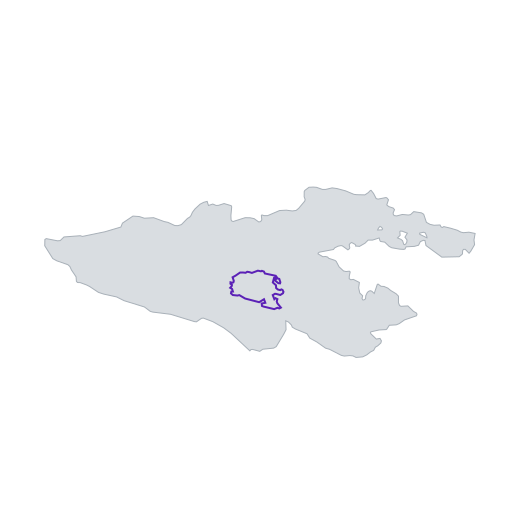 Jumgal, Naryn, Kyrgyzstan shown in context, rotated 195°
{"feature_id": "92254566B27312472706206", "entity_name": "Jumgal", "entity_type": "district", "adm_level": 2, "iso_a3": "KGZ", "parent_name": "Kyrgyzstan", "parent_adm1": "Naryn", "projection": "robinson", "projection_center": [74.373, 41.867], "detail": "fine", "context": "in_parent", "style": "outline", "palette": "violet", "viewbox_px": 512, "rotation_deg": 195, "n_neighbors": 0, "source": "geoboundaries", "source_scale": "gbopen_adm2", "svg_char_len": 4637}
<svg xmlns="http://www.w3.org/2000/svg" viewBox="0 0 512 512"><g transform="rotate(195 256 256)"><path d="M113.9,301.3L115.1,300.6L119.1,299.8L127.1,299.1L129.8,299.7L135.2,302.7L139.4,302.3L140.2,302.8L141.7,305.3L147.6,301.5L151.8,300.4L154.0,296.6L158.5,292.1L162.4,291.4L162.4,292.1L163.1,292.8L167.1,293.8L168.3,292.6L168.9,291.0L167.6,288.4L167.6,287.3L168.8,285.7L175.1,288.1L176.5,288.1L179.3,286.7L182.0,284.3L182.9,282.3L195.8,276.1L196.7,274.9L196.6,274.1L191.2,272.6L188.8,273.5L186.5,273.5L185.2,272.6L178.6,272.2L177.2,271.6L172.9,267.0L167.6,264.2L165.0,264.3L161.9,265.5L160.9,265.0L160.7,260.7L160.1,258.2L158.3,257.6L155.9,258.6L149.3,257.2L148.6,251.8L146.2,247.1L142.7,245.2L142.6,242.4L141.4,241.2L140.4,241.5L139.1,243.0L139.7,246.1L139.1,249.2L138.3,250.8L136.8,252.0L135.1,252.0L132.1,250.4L131.5,259.9L130.9,260.5L127.4,259.1L124.5,259.7L120.3,259.1L117.1,257.6L110.9,255.8L108.0,254.1L106.3,247.7L104.6,245.4L103.0,244.9L96.4,247.1L89.6,243.3L86.2,242.4L85.4,241.3L85.5,239.8L96.0,232.7L100.1,227.8L102.7,225.8L109.3,223.6L110.8,219.1L111.3,218.6L118.0,216.4L125.4,212.5L125.6,211.4L124.8,210.5L118.3,206.9L114.9,208.5L112.9,206.5L112.9,204.3L115.2,200.7L117.1,198.8L117.9,195.3L120.6,192.9L123.4,189.2L126.8,186.2L133.1,183.9L136.5,184.6L139.7,184.1L144.8,182.2L147.9,182.1L160.7,184.9L165.0,185.0L175.0,188.7L182.8,190.6L186.6,194.1L199.2,195.7L202.6,196.7L203.9,198.5L207.5,200.6L210.5,201.1L207.9,192.6L209.0,187.6L213.0,173.7L215.1,171.6L225.3,167.7L227.7,164.9L235.0,164.9L236.6,164.4L237.4,162.8L260.1,174.9L268.7,178.3L280.7,181.4L290.8,182.4L292.5,181.7L296.5,177.0L298.4,176.7L323.4,177.6L341.3,175.1L343.9,175.2L350.6,177.9L371.8,178.7L380.1,180.4L393.3,179.8L398.8,180.1L408.9,183.5L412.4,184.2L419.0,184.8L421.5,184.2L422.9,185.0L424.4,189.3L430.7,194.8L433.1,197.7L435.4,198.9L447.2,199.8L451.6,200.9L462.7,211.2L464.2,217.3L463.1,218.5L451.6,219.3L449.1,220.2L446.4,224.7L431.0,230.1L428.7,230.0L408.2,240.3L394.0,249.0L393.5,253.2L385.2,262.7L378.9,263.9L373.6,263.6L364.8,266.5L353.6,265.5L349.7,265.7L342.3,264.4L339.3,265.1L336.2,267.0L331.9,274.6L330.1,276.4L329.3,278.1L328.7,281.8L327.1,285.7L323.4,291.6L320.3,294.4L317.3,296.1L315.0,292.5L311.2,295.0L307.6,294.5L305.4,295.2L300.4,298.4L293.0,298.2L292.2,297.2L290.7,288.5L289.4,284.4L288.3,283.5L287.0,283.4L276.4,290.2L271.5,291.4L267.5,291.6L262.2,289.6L261.0,290.1L260.1,291.2L259.8,292.6L261.3,296.4L260.9,297.2L258.5,297.1L255.2,298.0L245.0,306.0L238.6,308.1L232.6,308.9L229.0,310.4L227.0,313.3L223.1,321.7L223.2,323.4L224.8,325.6L226.1,330.7L225.8,332.0L222.6,336.1L218.5,337.4L215.3,338.0L209.1,337.5L206.0,338.3L200.1,341.5L195.3,342.1L186.3,342.1L177.4,340.9L174.5,341.3L166.7,343.2L164.0,346.2L162.5,348.9L161.8,349.2L158.6,346.8L154.7,342.5L152.7,342.6L145.6,346.1L144.6,346.0L142.6,344.6L142.9,339.2L140.6,338.1L135.8,337.8L134.2,336.6L134.7,333.1L134.2,331.8L133.0,330.8L130.5,331.1L125.4,334.0L119.5,335.0L117.5,335.9L115.1,339.7L107.3,340.5L104.8,339.7L100.1,332.6L96.0,331.6L91.9,331.8L86.3,333.6L84.9,332.1L83.5,331.7L82.2,333.0L75.3,333.2L68.3,333.0L64.3,332.1L61.7,332.2L56.5,334.1L50.2,334.5L49.6,327.9L47.8,323.5L49.8,316.2L50.9,313.8L55.6,316.6L57.3,316.1L57.8,314.7L57.1,311.4L59.5,307.9L76.2,303.0L94.5,310.1L96.8,314.7L98.4,314.5L101.0,312.4L101.8,308.5L105.5,306.3L113.4,303.7L113.9,301.3ZM123.1,317.4L123.4,316.7L122.1,313.3L124.0,310.1L120.3,309.6L118.4,308.7L116.3,305.5L115.6,305.3L114.5,306.2L113.9,308.3L114.3,310.6L117.0,312.7L115.7,317.2L121.2,317.8L123.1,317.4ZM103.8,320.5L103.7,319.5L102.4,319.1L95.6,317.8L95.8,318.7L98.4,322.1L100.4,322.3L103.8,320.5ZM144.9,314.7L145.3,312.6L141.2,313.8L140.7,314.9L142.1,316.2L143.9,316.7L144.9,314.7Z" fill="#d9dde1" stroke="#a8b0b8" stroke-width="1"/><path d="M222.5,224.6L220.3,227.0L220.2,228.5L221.6,230.1L222.9,230.3L223.8,229.3L226.3,229.3L228.3,230.3L229.1,232.9L232.9,234.8L232.9,239.6L231.8,240.2L230.4,239.2L231.0,238.4L231.1,237.2L227.4,235.5L225.7,235.8L225.7,237.0L227.6,239.9L229.2,239.9L231.8,242.0L242.9,241.4L244.3,243.0L246.5,243.2L247.2,242.5L250.4,242.3L255.6,238.6L258.3,238.7L260.4,238.5L261.7,237.1L264.3,236.7L267.1,235.9L270.7,231.7L273.1,229.4L271.0,226.2L271.0,224.7L272.0,224.0L273.8,224.0L273.5,222.6L271.7,221.8L271.7,220.6L272.7,218.6L270.6,218.0L269.1,215.7L270.6,215.2L270.5,213.4L268.3,212.3L263.7,213.0L262.0,213.9L255.5,212.1L241.0,212.2L237.1,216.3L234.9,213.2L238.2,211.6L237.3,209.3L235.7,209.1L224.7,209.4L221.9,211.5L219.9,211.4L218.6,212.6L223.1,215.8L224.2,217.5L224.2,219.9L226.3,220.3L227.1,219.0L229.7,222.6L227.9,224.4L227.5,224.4L227.0,224.6L222.5,224.6Z" fill="none" stroke="#5b21b6" stroke-width="2"/></g></svg>